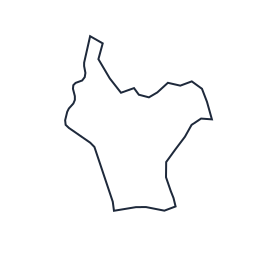 the District of Đakovica, rotated 36°
{"feature_id": "KOS-5890", "entity_name": "Đakovica", "entity_type": "District", "adm_level": 1, "iso_a3": "XKX", "parent_name": "Kosovo", "parent_adm1": "", "projection": "equal_earth", "projection_center": [20.354, 42.389], "detail": "fine", "context": "isolated", "style": "outline", "palette": "slate", "viewbox_px": 256, "rotation_deg": 36, "n_neighbors": 0, "source": "natural_earth", "source_scale": "10m", "svg_char_len": 704}
<svg xmlns="http://www.w3.org/2000/svg" viewBox="0 0 256 256"><g transform="rotate(36 128 128)"><path d="M80.2,162.7L75.7,162.1L72.6,158.7L69.3,150.6L68.7,147.0L69.4,140.3L68.5,136.5L66.3,133.5L60.4,128.6L58.6,125.5L59.1,122.3L63.0,116.5L63.1,112.3L61.2,108.5L56.1,103.7L54.1,100.9L43.4,76.0L57.8,74.4L63.6,89.7L84.1,98.6L101.6,103.6L109.4,92.2L117.2,94.7L126.9,90.9L130.8,82.0L133.7,68.0L145.4,63.0L152.2,52.8L164.8,52.8L176.5,60.4L190.8,71.7L181.6,77.4L177.6,88.1L179.2,101.6L178.9,117.6L178.9,133.1L187.7,145.5L199.7,153.9L206.0,157.9L212.6,163.5L206.0,173.5L189.0,181.4L180.9,187.4L165.3,203.2L159.0,196.6L112.0,163.1L106.1,162.1L80.2,162.7Z" fill="none" stroke="#1e293b" stroke-width="2"/></g></svg>